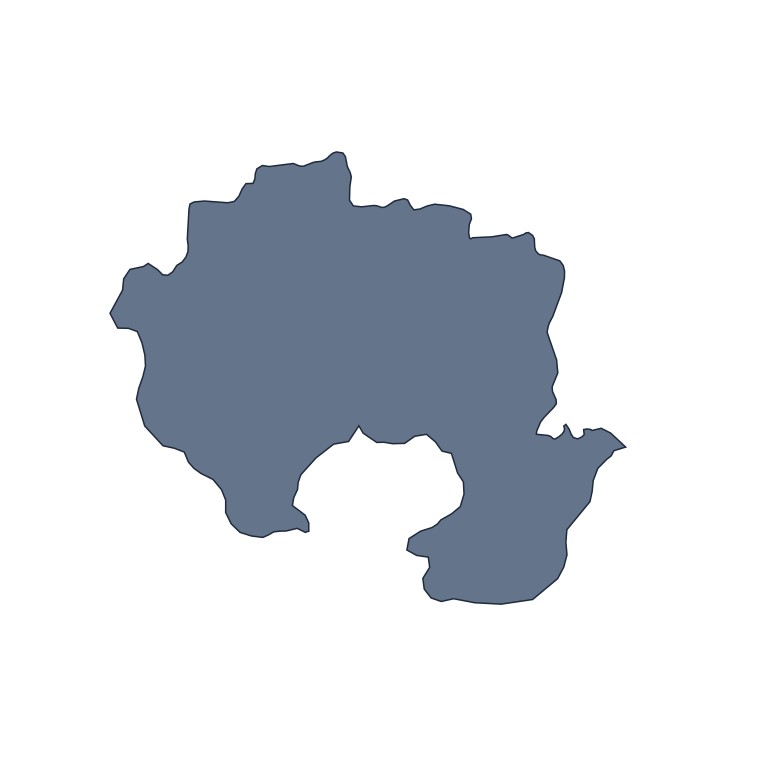 outline of Attapu, rotated 232°
{"feature_id": "LAO-3294", "entity_name": "Attapu", "entity_type": "Province", "adm_level": 1, "iso_a3": "LAO", "parent_name": "Laos", "parent_adm1": "", "projection": "natural_earth1", "projection_center": [106.906, 14.792], "detail": "fine", "context": "isolated", "style": "filled", "palette": "slate", "viewbox_px": 768, "rotation_deg": 232, "n_neighbors": 0, "source": "natural_earth", "source_scale": "10m", "svg_char_len": 2835}
<svg xmlns="http://www.w3.org/2000/svg" viewBox="0 0 768 768"><g transform="rotate(232 384 384)"><path d="M624.2,272.4L613.4,276.0L606.4,276.8L602.8,280.6L602.5,286.6L605.0,293.7L604.4,300.2L606.0,306.1L609.0,311.0L613.5,314.8L619.4,318.3L642.1,338.2L645.3,342.0L644.3,346.6L638.7,355.2L623.0,372.5L620.0,378.5L621.3,385.3L625.0,392.2L626.9,398.6L622.7,404.3L625.1,408.5L629.0,412.1L631.8,416.3L631.1,422.6L626.0,427.5L613.6,448.3L607.7,451.7L605.2,454.6L602.2,464.6L601.0,467.1L598.3,471.3L597.2,474.9L596.9,478.4L597.4,482.1L597.4,485.9L596.2,489.3L591.4,493.8L587.0,493.6L578.2,489.1L571.1,487.4L567.4,485.8L560.3,478.4L550.1,470.0L543.2,469.5L537.5,475.3L530.8,486.1L528.9,488.0L524.5,491.0L523.0,493.2L522.4,496.1L521.7,505.0L517.7,513.9L514.5,515.9L508.7,514.8L502.9,514.7L499.8,520.0L497.7,527.6L494.6,534.5L484.3,545.1L472.8,553.9L464.4,556.9L460.3,554.6L457.1,549.3L450.9,543.7L446.2,541.3L445.0,541.7L444.7,543.9L433.7,559.4L426.4,572.6L424.8,573.6L420.0,574.8L415.9,586.1L415.7,588.8L414.4,591.1L409.6,592.6L405.8,591.8L398.7,586.8L395.3,585.5L391.3,585.8L389.1,587.1L387.3,589.0L372.7,598.4L367.0,598.2L361.8,595.8L356.5,591.5L346.6,580.1L333.4,558.7L330.4,552.1L328.7,549.4L325.8,545.9L324.1,544.3L296.6,534.8L292.0,531.8L285.7,527.8L278.3,514.8L274.4,512.2L265.7,510.0L262.4,507.7L261.1,503.5L259.1,489.5L257.6,483.9L252.9,475.4L250.6,473.1L242.5,481.6L239.8,483.2L237.3,483.5L235.4,484.7L234.8,489.0L234.9,493.3L235.8,496.5L237.4,498.6L240.2,499.8L240.2,502.5L234.4,502.1L229.6,500.7L225.4,500.2L221.9,502.5L221.1,504.4L220.5,507.6L220.8,510.5L225.2,513.3L223.6,516.3L220.8,519.0L219.3,519.3L215.4,527.9L205.8,532.4L185.5,535.6L189.9,524.1L187.5,518.8L187.5,513.0L185.9,500.6L179.1,489.4L171.3,482.0L164.5,473.9L156.6,438.4L147.3,429.9L136.7,423.0L129.1,413.0L123.7,401.0L122.7,368.4L138.4,340.8L155.7,320.9L171.9,306.7L177.4,295.2L186.4,289.4L197.5,289.4L206.9,294.9L211.4,307.1L220.3,312.3L228.8,304.2L239.1,299.8L246.8,308.6L245.5,322.2L241.3,333.5L240.8,339.8L241.9,345.2L240.1,357.1L240.4,368.6L248.0,379.3L258.0,386.3L268.6,387.2L287.8,394.4L295.4,388.4L306.8,388.9L318.2,386.5L323.9,376.0L324.5,363.7L331.6,354.1L338.3,347.9L342.4,342.3L358.1,337.3L366.5,338.5L360.5,320.7L367.6,307.3L367.6,284.8L363.7,262.6L359.3,255.8L354.1,250.9L350.0,242.9L344.6,237.0L329.2,241.1L320.9,239.2L314.2,234.0L315.1,232.4L315.4,230.7L323.7,226.7L328.4,216.4L332.2,211.3L335.4,206.0L336.2,200.1L337.7,194.1L345.8,186.0L355.7,179.2L368.0,177.5L380.2,180.1L390.0,187.8L400.8,190.9L414.0,190.5L426.2,184.7L434.4,182.3L442.8,181.8L453.3,184.7L462.5,179.2L471.4,171.8L498.2,169.6L524.4,179.6L531.6,188.1L538.3,198.6L545.0,207.1L553.9,213.3L565.4,218.6L577.2,221.9L585.2,216.9L592.0,208.6L608.4,211.6L618.9,235.7L627.2,243.7L630.7,254.4L624.7,266.7L624.2,272.3L624.2,272.4Z" fill="#64748b" stroke="#1e293b" stroke-width="1.5"/></g></svg>